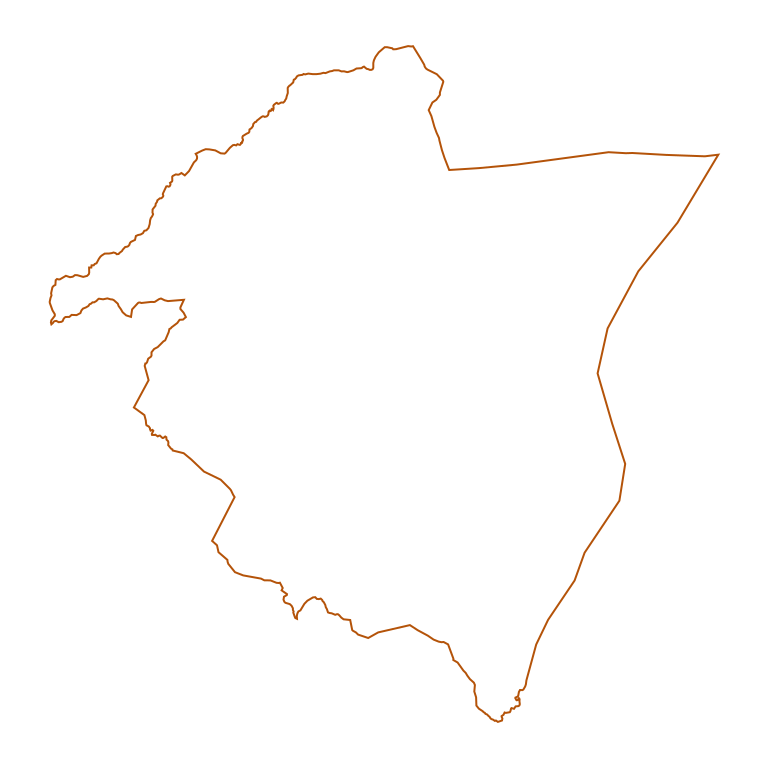 Obuasi Municipal, Ashanti, Ghana
{"feature_id": "2480657B43720081643569", "entity_name": "Obuasi Municipal", "entity_type": "district", "adm_level": 2, "iso_a3": "GHA", "parent_name": "Ghana", "parent_adm1": "Ashanti", "projection": "natural_earth1", "projection_center": [-1.716, 6.191], "detail": "fine", "context": "isolated", "style": "outline", "palette": "amber", "viewbox_px": 768, "rotation_deg": 0, "n_neighbors": 0, "source": "geoboundaries", "source_scale": "gbopen_adm2", "svg_char_len": 6002}
<svg xmlns="http://www.w3.org/2000/svg" viewBox="0 0 768 768"><path d="M718.3,154.7L704.9,156.3L666.0,154.9L632.4,153.0L625.8,153.2L608.6,152.2L516.7,164.6L479.1,168.1L449.2,170.0L444.5,157.9L441.9,150.0L439.4,140.4L439.0,138.0L436.6,132.8L434.4,126.8L431.4,116.1L428.7,110.1L432.4,102.5L436.3,99.8L439.9,94.9L439.9,92.5L443.3,81.8L443.0,80.7L436.8,74.2L427.5,69.6L426.0,68.5L424.7,66.6L424.2,64.7L420.3,58.0L413.0,46.2L411.4,46.5L408.1,46.1L396.0,49.2L393.2,49.3L392.3,48.3L387.2,47.2L384.7,47.2L378.8,52.3L375.6,56.7L373.9,60.3L373.3,63.0L373.3,67.9L372.6,69.3L371.2,69.9L369.8,69.9L368.4,69.2L366.6,68.8L364.0,66.6L362.6,67.2L362.1,67.8L361.2,68.2L356.5,68.5L353.4,70.3L348.1,72.0L347.1,72.1L344.0,71.3L341.5,71.4L338.7,70.3L334.0,70.3L332.2,71.0L329.8,71.4L325.5,73.1L323.5,72.8L320.3,73.7L316.7,74.1L312.5,74.1L308.3,73.6L305.2,74.4L303.5,74.0L302.6,74.8L298.5,75.4L296.8,76.5L296.3,77.6L294.9,79.2L293.8,79.7L293.2,82.4L290.0,85.4L289.5,85.6L288.2,87.0L287.7,88.0L287.8,93.0L286.7,96.3L286.2,98.6L285.3,99.9L284.7,101.2L283.3,102.6L281.2,102.5L278.7,103.8L278.0,103.8L276.8,102.8L276.1,103.1L273.9,104.8L273.3,105.9L273.6,107.5L273.5,109.0L273.1,110.1L271.9,108.9L271.5,109.2L271.1,110.7L270.0,111.2L269.6,110.7L268.9,111.3L268.6,111.9L268.4,114.0L267.9,115.3L266.7,116.4L264.7,116.9L263.8,116.4L262.8,116.3L261.6,116.9L256.8,120.7L256.2,121.8L255.0,122.1L253.3,124.0L252.9,126.2L251.5,128.1L249.5,129.5L249.3,131.8L248.6,132.8L246.6,133.7L242.9,136.0L242.4,137.1L242.4,138.2L243.0,139.6L242.9,140.7L242.1,141.5L242.2,142.5L242.0,142.9L241.0,143.0L240.8,144.0L239.9,144.9L237.4,144.2L236.2,145.4L234.3,144.9L232.9,145.2L229.9,147.8L225.7,152.8L224.6,153.6L220.7,153.3L215.3,150.4L209.4,149.4L205.7,149.2L202.3,150.5L195.7,153.8L196.7,155.5L197.1,157.0L197.0,158.6L196.2,160.2L193.9,162.4L189.0,171.1L184.8,175.4L181.4,173.0L179.3,174.4L178.1,174.7L175.8,174.4L172.7,176.0L172.2,176.8L172.3,180.7L172.0,181.5L170.0,182.9L170.5,184.1L170.2,185.4L169.6,186.3L168.7,186.7L167.3,186.2L166.3,186.4L163.0,193.4L162.8,194.2L163.3,195.5L163.1,196.5L161.9,197.8L161.1,198.3L159.9,198.3L157.3,200.4L157.1,201.7L155.7,203.8L155.5,205.7L152.6,209.4L152.5,212.7L153.1,214.1L152.9,214.7L152.0,216.5L150.8,218.1L150.1,220.4L149.7,224.1L148.5,228.0L146.4,230.3L144.3,230.8L142.9,233.2L140.6,234.5L138.1,235.0L135.9,236.0L135.0,239.9L130.9,241.9L129.9,243.1L129.4,244.8L128.2,246.2L127.1,246.7L125.2,247.0L122.8,249.6L122.0,251.0L119.4,253.0L118.6,254.0L116.7,254.2L115.6,253.1L113.5,252.5L111.8,253.1L109.2,253.5L104.7,253.6L101.6,255.6L100.4,256.7L98.9,258.8L96.5,263.3L94.7,264.0L93.7,265.3L91.6,265.3L91.3,267.5L89.1,267.5L89.2,272.6L88.8,274.2L87.1,275.9L83.2,276.9L77.3,275.2L75.0,275.1L72.8,276.7L70.0,277.2L65.9,275.8L59.8,279.4L58.4,279.4L57.0,279.0L55.7,280.2L55.4,284.9L53.6,285.9L52.4,287.3L51.1,293.3L51.5,295.4L50.5,298.0L49.7,301.8L49.8,302.9L52.5,310.4L54.8,314.2L54.8,315.8L51.3,320.4L50.9,322.5L51.4,324.3L52.9,323.0L53.6,321.9L54.5,321.2L56.3,320.9L58.7,322.2L61.5,321.8L62.7,321.0L63.5,319.0L64.6,317.6L65.6,317.0L69.4,316.9L71.6,314.9L76.6,315.1L80.4,313.1L81.4,310.5L83.0,308.6L85.8,307.5L88.4,306.0L89.6,304.2L91.0,303.7L92.5,302.3L94.2,302.3L96.4,301.0L98.0,299.3L98.9,298.7L103.1,299.3L107.4,298.4L110.5,299.3L112.5,299.5L113.9,300.2L117.8,303.7L118.6,306.0L120.9,309.2L122.6,312.2L126.2,315.4L131.0,316.9L132.1,309.4L138.0,303.0L139.0,302.5L140.0,302.5L141.3,303.0L151.2,301.9L154.0,302.0L154.9,301.8L159.1,299.1L161.0,298.5L164.7,300.3L168.0,301.1L183.9,299.8L180.4,307.4L180.4,309.0L183.6,312.7L185.9,317.1L183.0,319.6L179.6,319.8L177.3,323.0L171.6,327.3L170.7,328.4L169.4,329.0L168.7,332.1L165.2,340.3L163.4,341.4L157.7,347.1L154.1,349.0L151.5,352.3L151.5,355.6L150.9,356.7L148.2,358.7L147.1,362.1L146.2,363.4L145.3,363.5L144.7,365.9L148.6,380.2L133.9,407.5L144.4,415.1L145.8,420.4L146.1,423.9L146.5,425.3L148.8,426.5L150.0,428.3L150.0,429.1L150.6,430.6L152.5,429.9L153.3,430.8L151.8,433.9L152.0,434.9L154.4,435.0L155.3,434.7L157.8,436.4L159.0,435.7L159.9,435.6L162.5,438.0L163.4,437.9L165.2,436.5L166.3,437.2L166.5,439.6L168.1,441.2L168.4,442.6L168.2,445.1L171.0,448.6L172.4,449.4L172.7,450.5L183.7,453.2L191.3,459.5L204.0,471.6L220.7,479.7L230.0,489.0L231.0,490.3L233.1,494.7L234.6,497.1L212.1,540.9L217.0,545.3L218.5,552.2L227.4,559.9L227.6,561.8L228.3,563.9L235.0,572.2L243.2,575.4L261.0,578.6L264.3,580.3L270.4,580.4L276.5,582.8L278.7,583.0L279.9,582.7L282.7,588.0L281.6,590.4L287.0,594.1L286.8,595.1L284.0,596.7L283.5,599.6L284.3,601.7L285.4,602.8L289.8,604.1L291.6,605.8L292.9,608.3L292.9,609.9L293.6,611.5L293.3,612.6L294.8,616.9L295.3,618.0L297.0,618.8L296.8,616.1L297.2,614.1L297.8,612.5L298.5,611.4L300.4,610.4L304.4,603.8L307.4,600.7L313.0,597.4L315.3,597.2L316.8,598.9L318.9,599.1L320.7,598.6L322.2,600.0L322.6,601.1L323.8,602.2L325.3,605.0L325.8,607.2L326.9,609.1L328.0,612.4L329.6,613.0L331.7,613.3L335.2,614.8L336.9,614.2L337.9,614.2L339.2,615.2L341.3,617.6L343.6,619.3L350.2,620.0L352.2,630.0L353.0,630.8L355.9,632.4L358.1,634.6L368.2,638.0L378.2,632.4L409.9,625.1L417.7,630.2L427.9,635.7L433.6,639.6L438.6,641.6L441.5,642.2L443.6,642.0L448.1,644.4L453.4,658.7L453.3,660.0L457.6,662.5L463.4,670.6L465.7,672.9L467.3,675.6L469.9,679.1L473.9,682.7L474.9,685.0L474.3,691.5L476.1,697.3L476.4,705.6L478.9,708.7L482.7,711.2L483.6,712.2L484.8,712.8L485.4,713.8L487.1,714.5L488.6,716.1L489.5,716.7L490.4,718.2L491.4,719.1L492.8,719.5L494.9,720.9L495.9,720.5L497.9,721.9L502.0,720.5L502.4,718.5L501.6,716.7L501.6,716.1L503.5,714.8L504.6,712.5L505.8,712.9L509.8,712.2L510.4,711.2L511.1,708.5L511.5,708.1L514.0,708.8L515.6,706.4L518.5,706.1L519.4,705.4L519.8,704.1L519.4,700.8L519.6,699.8L519.3,698.5L518.9,698.2L517.5,700.1L516.8,700.3L516.4,700.1L515.3,698.1L515.4,697.6L517.2,696.8L518.2,695.9L518.9,692.0L520.0,690.0L522.5,690.1L523.4,689.5L525.2,686.4L525.9,684.3L526.4,680.4L536.2,644.5L548.1,619.8L574.6,580.5L584.6,552.7L619.4,500.7L625.2,463.9L612.2,423.7L597.6,373.4L607.6,328.4L638.3,271.3L677.5,222.7L718.3,154.7Z" fill="none" stroke="#b45309" stroke-width="2"/></svg>